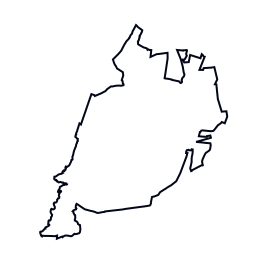 outline of Temascalcingo, México, Mexico, rotated 263°
{"feature_id": "50627088B73169899113331", "entity_name": "Temascalcingo", "entity_type": "district", "adm_level": 2, "iso_a3": "MEX", "parent_name": "Mexico", "parent_adm1": "México", "projection": "mercator", "projection_center": [-100.025, 19.931], "detail": "fine", "context": "isolated", "style": "outline", "palette": "ink", "viewbox_px": 256, "rotation_deg": 263, "n_neighbors": 0, "source": "geoboundaries", "source_scale": "gbopen_adm2", "svg_char_len": 5589}
<svg xmlns="http://www.w3.org/2000/svg" viewBox="0 0 256 256"><g transform="rotate(263 128 128)"><path d="M88.6,49.0L87.9,48.9L86.5,48.5L85.2,49.5L85.3,50.1L85.2,50.4L84.3,50.6L84.3,51.0L84.2,51.3L83.9,51.4L83.5,51.2L82.4,52.8L82.6,53.2L82.7,54.6L82.0,55.4L82.0,55.6L81.8,56.8L81.3,56.9L81.2,57.0L80.6,59.8L80.1,60.0L79.6,60.6L79.3,60.3L79.3,60.2L80.0,59.3L79.2,58.0L79.3,56.8L79.1,56.2L78.3,54.7L78.0,53.7L77.7,53.2L76.5,52.9L75.9,52.5L75.6,52.3L75.2,51.8L74.8,51.5L73.3,50.7L72.8,50.8L72.6,51.0L72.6,51.3L73.0,51.9L73.8,53.0L73.9,53.5L73.6,53.8L73.4,53.9L72.7,53.5L72.1,52.6L71.7,52.2L69.9,51.2L69.0,51.2L68.1,51.5L67.0,51.2L66.7,50.8L66.6,49.8L65.6,49.3L65.4,48.9L65.0,48.9L64.2,48.7L63.2,48.0L63.0,47.7L62.8,47.2L62.8,46.8L63.0,45.9L62.6,45.4L62.0,45.1L61.6,45.0L59.6,45.4L58.8,45.7L57.8,45.7L57.1,45.5L56.9,45.2L56.5,44.6L56.4,44.3L56.3,43.7L56.4,43.4L57.1,42.3L57.0,42.0L55.8,41.4L54.2,40.9L53.8,40.9L51.5,41.8L51.0,42.1L49.6,41.6L49.0,40.8L46.9,40.3L45.9,39.7L45.7,39.4L45.7,39.1L46.0,38.4L45.7,38.0L45.4,37.8L45.0,37.6L43.0,37.4L42.4,37.0L41.7,37.7L41.4,38.1L41.1,38.0L40.5,37.2L39.9,35.7L39.5,34.2L39.1,33.8L38.2,33.8L38.2,33.1L36.1,30.7L35.7,29.7L35.8,28.6L35.7,28.3L35.5,28.2L35.1,28.1L34.2,28.1L33.4,28.3L32.3,28.7L32.2,28.6L31.2,29.0L30.8,29.5L31.5,30.2L30.9,32.8L30.8,34.3L30.1,39.0L29.5,42.3L29.9,44.5L26.8,43.9L28.3,49.5L28.1,49.7L27.7,49.9L28.2,50.5L28.7,51.8L28.9,53.0L28.6,54.7L27.5,58.3L27.8,59.5L29.5,61.9L29.1,62.6L29.1,64.0L29.5,66.7L30.5,67.6L33.3,68.4L37.5,68.5L37.9,67.6L38.8,66.7L39.3,66.7L40.8,66.2L41.4,65.7L42.6,64.0L43.4,64.0L45.1,64.7L48.0,64.9L48.5,64.2L50.2,63.6L51.5,63.6L52.0,62.9L52.9,63.9L53.3,64.9L53.5,66.0L53.6,66.5L54.1,66.6L54.5,67.0L55.7,66.4L57.3,66.8L58.5,67.3L59.0,67.8L52.6,75.2L50.2,81.1L49.6,82.9L49.1,84.2L47.4,87.2L47.4,90.0L47.6,92.1L47.6,94.4L47.7,94.8L48.0,95.0L47.8,112.7L48.0,115.8L48.1,123.8L48.2,135.9L48.4,140.1L48.8,140.7L50.1,141.5L51.1,141.6L56.6,143.4L56.9,146.0L57.9,149.9L60.4,152.0L62.6,156.6L63.1,157.8L64.1,159.7L65.0,161.7L65.1,161.8L65.9,163.8L66.8,165.3L69.3,169.4L76.5,174.2L93.0,182.8L95.9,183.9L96.1,182.6L97.8,183.0L98.8,183.7L98.8,184.1L98.6,184.9L99.0,185.3L98.3,186.6L98.2,187.9L98.1,188.3L99.1,188.6L98.8,189.6L96.0,189.2L93.6,188.6L92.2,188.0L91.4,187.8L90.2,187.5L86.6,187.0L85.6,186.7L80.6,184.9L79.7,184.9L77.5,185.4L77.7,186.1L78.2,186.2L82.1,196.7L81.8,197.3L81.9,197.7L85.3,197.4L86.4,197.6L88.3,198.5L92.4,201.1L93.6,202.0L94.1,202.8L95.7,205.8L96.1,206.3L96.7,206.7L97.2,207.0L100.5,207.9L101.4,208.0L102.8,207.9L103.7,203.4L104.5,200.2L105.9,193.9L108.2,209.1L108.5,209.1L110.5,208.8L110.3,205.3L109.7,205.1L109.8,204.0L110.4,200.7L111.2,197.3L115.0,198.8L114.9,199.0L116.5,200.5L116.6,201.5L116.4,202.3L114.7,209.9L114.7,212.1L114.9,212.6L115.6,213.4L119.7,217.5L121.3,220.5L121.8,221.2L122.5,221.8L120.9,224.6L126.2,227.4L127.2,227.8L127.9,227.9L132.6,227.7L132.8,223.0L145.9,220.7L160.5,221.0L160.8,219.6L165.0,222.3L165.5,222.5L177.9,221.1L177.8,217.8L178.2,210.4L176.5,209.6L177.0,206.0L189.3,212.7L189.4,212.2L189.9,211.7L191.4,211.0L192.3,210.2L188.4,208.4L192.9,198.6L186.0,196.3L186.2,191.8L186.6,191.6L187.7,191.4L188.6,190.6L189.2,190.5L189.3,190.6L189.3,190.8L189.1,191.3L188.9,191.9L188.9,192.1L189.2,192.5L189.7,193.2L190.6,193.6L192.1,194.9L192.8,195.2L193.5,194.8L194.7,194.8L196.8,195.7L197.4,195.9L197.9,196.0L198.2,195.8L198.3,195.2L198.2,193.7L198.3,193.2L198.5,191.4L198.3,191.9L198.2,191.9L199.5,186.2L189.7,188.8L182.3,189.8L176.1,190.1L174.5,190.5L173.8,190.4L172.7,189.9L172.1,189.4L171.4,188.5L170.8,188.0L170.6,187.8L170.3,187.6L169.9,187.6L169.2,187.3L168.9,187.0L168.5,187.0L168.0,187.2L167.7,187.2L166.9,187.1L166.4,186.3L166.2,185.8L166.3,185.6L166.7,185.2L167.5,184.7L168.3,184.0L168.4,183.3L170.4,177.5L170.7,177.5L171.9,174.0L172.4,171.9L172.9,170.4L178.1,171.9L192.2,175.8L197.8,176.4L197.7,167.5L197.8,165.4L195.8,159.0L202.5,160.6L202.8,159.5L202.7,159.0L203.6,157.7L203.2,156.9L204.8,156.3L206.1,153.3L209.1,149.2L209.8,148.3L210.7,148.2L211.7,148.4L212.3,148.3L212.9,148.6L213.0,148.8L213.3,148.9L213.4,149.1L214.0,149.4L214.3,149.6L214.7,149.7L214.9,149.7L215.7,150.1L216.1,150.5L216.5,150.5L216.9,150.5L217.1,150.7L217.3,150.5L217.6,150.6L218.5,151.0L218.9,151.6L219.6,152.1L220.4,152.5L221.3,153.3L223.2,154.1L223.3,154.1L227.0,150.1L228.3,149.3L229.2,148.5L224.3,145.1L224.0,144.7L221.1,143.4L219.6,141.7L219.1,141.4L218.3,141.1L217.4,140.4L217.2,140.3L217.0,140.0L217.0,139.9L216.6,139.8L216.3,139.5L215.6,138.6L214.1,136.8L212.9,136.0L212.2,135.3L210.3,133.9L205.4,130.6L202.4,127.2L197.9,121.4L197.5,121.5L195.1,121.9L193.5,122.3L192.1,122.8L191.3,123.4L188.5,124.3L184.0,129.7L180.8,129.7L176.2,127.6L175.3,128.3L173.1,128.3L172.1,128.9L171.0,128.7L170.8,126.0L171.1,125.0L171.3,123.3L171.4,120.8L171.1,117.7L171.3,116.1L169.0,111.9L167.5,110.3L167.2,109.6L165.6,105.4L163.8,99.0L164.7,98.7L166.1,95.8L137.2,81.7L138.5,80.4L133.0,77.9L132.9,77.8L130.6,76.9L129.6,76.1L128.5,75.8L128.1,75.5L127.6,75.5L127.4,75.3L127.1,75.2L127.1,75.3L126.8,75.1L126.6,74.9L125.9,74.7L125.8,75.0L125.3,75.0L124.4,75.8L123.5,76.3L123.1,76.7L123.1,76.8L122.5,76.7L121.9,76.7L121.7,76.5L121.3,76.5L121.3,76.3L120.2,75.7L119.8,75.7L119.3,75.5L118.1,74.6L116.8,74.3L115.6,73.8L115.2,73.4L112.1,71.8L110.8,71.2L107.8,70.2L106.1,69.3L103.5,69.1L103.3,68.9L103.2,68.0L101.4,67.3L98.2,65.2L97.8,64.7L96.8,62.8L97.4,61.7L96.7,61.2L96.1,61.0L95.6,61.4L94.8,60.9L94.7,61.1L94.1,60.8L93.7,60.1L93.1,59.7L93.6,59.1L93.2,58.8L93.1,58.4L93.1,58.2L92.7,57.8L91.9,57.4L91.3,57.9L90.8,56.9L90.4,53.7L88.6,50.2L88.5,49.8L88.6,49.0Z" fill="none" stroke="#020617" stroke-width="2"/></g></svg>